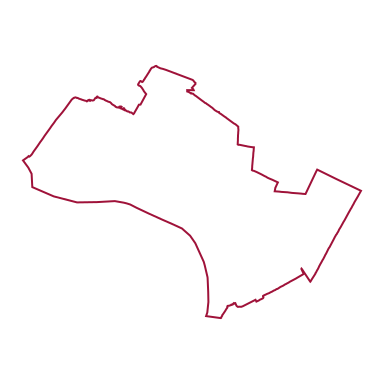 the district of Gruia, Romania
{"feature_id": "2599482B53836836172440", "entity_name": "Gruia", "entity_type": "district", "adm_level": 2, "iso_a3": "ROU", "parent_name": "Romania", "parent_adm1": "", "projection": "albers", "projection_center": [22.687, 44.297], "detail": "fine", "context": "isolated", "style": "outline", "palette": "rose", "viewbox_px": 384, "rotation_deg": 0, "n_neighbors": 0, "source": "geoboundaries", "source_scale": "gbopen_adm2", "svg_char_len": 5826}
<svg xmlns="http://www.w3.org/2000/svg" viewBox="0 0 384 384"><path d="M192.3,79.8L166.0,69.9L162.9,68.9L160.4,68.3L159.8,68.0L159.3,67.8L158.1,67.2L157.5,67.0L157.2,66.9L157.1,66.6L156.5,66.0L156.2,65.9L155.8,66.0L155.6,66.0L154.3,66.7L153.9,67.1L151.9,67.7L151.7,67.9L151.1,68.6L150.9,68.8L150.3,69.9L150.0,70.4L149.7,70.6L149.5,71.3L147.7,74.1L147.2,74.9L145.8,77.1L145.3,77.6L145.2,78.0L144.4,79.3L144.0,79.6L143.8,80.2L142.9,81.5L142.5,81.9L142.1,82.0L141.0,81.2L140.5,81.0L140.4,81.0L140.1,81.2L139.7,81.7L138.1,84.3L138.1,84.6L138.1,84.8L138.3,85.1L138.9,85.6L140.1,86.0L140.5,86.3L141.4,87.3L142.1,88.2L142.6,89.0L143.4,90.2L143.7,90.9L144.5,92.0L146.2,94.1L140.5,104.6L138.9,104.7L137.4,107.5L134.4,112.7L134.1,113.4L133.3,114.1L132.0,113.0L131.3,112.5L130.8,112.4L130.2,112.5L129.7,112.4L128.9,111.7L128.3,111.4L127.7,111.5L126.9,111.2L126.5,110.7L125.0,110.4L124.6,110.2L124.5,109.9L124.7,109.7L124.9,109.6L124.5,109.2L124.3,109.1L124.2,108.8L124.2,108.4L123.9,108.2L123.6,108.2L123.3,108.9L123.4,109.3L123.5,109.6L122.6,109.2L121.9,108.8L120.2,108.2L119.9,107.7L120.1,107.4L120.4,107.1L120.7,107.1L120.4,107.4L120.5,107.7L120.8,107.8L121.4,107.1L121.5,106.9L121.0,106.5L120.7,106.7L120.4,106.7L120.2,106.6L119.9,106.8L119.7,106.6L119.4,106.6L119.1,106.9L119.1,107.2L118.9,107.5L118.7,107.6L118.2,107.6L117.5,107.4L116.9,107.4L116.2,107.0L115.6,106.8L115.4,106.6L115.0,106.0L113.3,105.0L112.0,104.2L110.9,102.9L109.9,102.1L108.3,101.7L107.9,101.5L106.7,100.9L106.0,100.7L105.7,100.5L105.3,100.2L104.8,100.1L104.0,99.4L103.7,99.2L102.7,99.1L102.1,98.8L101.3,98.6L98.5,97.5L97.6,96.9L97.4,96.5L97.2,96.5L96.9,96.8L97.0,97.1L96.6,97.9L96.3,97.8L96.1,97.9L95.8,97.8L95.3,98.1L95.0,98.4L94.5,99.3L93.8,100.2L92.9,100.5L92.5,100.5L91.1,100.2L90.7,100.4L90.5,100.6L90.2,100.8L90.1,100.7L89.8,100.7L89.9,100.3L90.1,100.2L89.9,99.9L89.7,99.8L89.2,99.8L88.9,99.9L89.0,100.1L88.4,100.1L87.9,100.4L87.2,101.2L86.9,101.4L86.4,101.0L85.9,100.8L85.1,100.7L81.9,99.7L81.0,99.3L80.2,99.1L79.2,98.7L78.7,98.6L78.0,98.1L77.5,97.9L77.0,98.0L75.7,97.4L75.1,97.4L74.2,97.9L73.7,97.9L71.7,99.6L65.0,108.9L64.2,109.9L62.3,112.4L55.9,120.0L54.0,122.8L51.5,126.1L50.1,128.2L44.6,135.8L42.9,138.4L40.9,141.2L40.4,141.8L39.6,143.0L37.3,146.4L33.6,151.5L32.3,153.6L31.6,154.6L30.1,156.1L29.5,156.5L29.4,156.6L28.8,156.4L28.6,156.2L28.5,156.3L28.3,156.4L28.2,156.7L23.0,160.4L28.3,167.6L31.6,173.8L32.3,187.1L53.8,196.4L77.0,202.4L97.1,202.1L114.8,201.1L116.5,201.4L123.9,202.7L126.7,203.4L130.2,204.5L136.6,207.8L149.1,213.7L162.6,219.8L172.2,224.0L182.0,228.5L184.1,230.4L190.1,235.7L195.3,243.2L203.7,261.7L203.9,262.3L204.8,265.6L207.5,277.1L207.6,278.0L208.1,289.4L208.2,291.9L208.4,302.1L208.3,302.9L207.3,312.5L206.1,316.1L220.8,318.1L221.2,317.8L221.3,317.1L222.2,315.8L222.2,315.3L222.4,314.9L222.8,314.5L225.3,310.8L226.2,309.2L227.4,307.6L227.2,307.0L227.6,305.9L229.2,305.7L232.5,304.6L232.8,304.5L232.9,304.3L232.7,304.2L233.0,304.1L233.1,303.8L233.3,303.6L233.4,303.9L233.6,303.8L233.9,303.5L234.0,303.5L234.4,303.6L234.5,303.5L234.6,303.4L234.7,303.1L235.2,303.0L235.4,303.2L235.6,303.8L235.8,304.4L236.0,304.6L236.1,304.9L236.3,305.5L236.8,306.1L237.7,306.8L238.0,306.9L238.9,306.7L241.3,306.8L242.0,306.5L242.5,306.4L255.5,299.8L256.4,301.6L258.8,300.5L259.1,300.3L259.4,300.1L259.9,299.7L261.6,299.0L262.9,298.3L263.4,297.6L263.4,297.4L263.4,297.0L263.0,296.4L263.0,296.0L263.1,295.9L263.7,295.5L265.1,294.8L265.3,294.8L266.8,294.0L269.4,293.0L270.3,292.4L272.1,291.6L273.7,290.6L275.3,290.0L275.9,289.5L276.8,289.0L277.5,288.9L280.5,286.9L282.9,285.8L284.2,285.0L284.7,284.6L286.4,283.8L287.0,283.4L288.8,282.5L289.4,282.0L290.5,281.4L295.8,278.6L297.6,277.5L298.0,277.3L299.5,276.4L301.6,275.2L302.3,274.8L303.1,274.3L303.7,273.9L303.6,273.7L301.4,269.0L301.4,268.8L301.5,268.6L301.7,268.8L303.0,270.7L303.5,271.5L310.0,281.3L310.3,281.7L310.5,281.5L311.8,279.3L315.4,273.7L315.4,273.3L316.0,272.5L317.2,270.1L317.6,269.6L318.6,267.6L319.4,265.8L319.9,265.0L320.0,264.7L321.6,261.9L322.6,260.0L323.1,259.3L324.7,256.2L325.5,254.5L325.9,254.0L328.4,248.9L329.1,247.7L329.5,247.3L333.6,239.5L333.8,239.1L334.8,237.1L335.4,236.1L336.1,234.8L336.5,234.4L336.8,234.0L337.1,233.3L337.9,232.1L338.5,231.0L338.9,230.0L339.4,229.1L340.6,227.2L343.8,221.4L344.3,220.7L348.8,212.4L349.9,210.5L350.7,209.0L351.6,207.6L352.6,205.6L353.3,204.5L354.5,202.1L358.0,196.2L358.3,195.6L361.0,190.8L336.1,178.9L317.2,169.6L316.1,171.7L306.6,191.7L305.5,194.0L302.5,193.8L301.1,193.6L297.4,193.3L291.9,192.9L288.3,192.4L287.7,192.3L284.5,192.1L281.4,191.9L279.1,191.6L274.7,191.3L275.0,189.7L275.4,187.6L275.6,187.3L277.3,183.6L277.9,182.4L272.4,179.8L269.5,178.6L267.5,177.7L265.8,176.6L264.8,176.2L261.5,174.4L256.6,172.0L253.8,170.8L252.7,170.6L252.3,170.4L251.9,170.1L252.2,167.2L252.2,166.1L252.4,164.1L252.9,158.2L253.1,157.0L253.3,153.6L253.4,152.9L253.4,152.2L253.6,151.3L253.8,148.3L253.9,147.6L253.9,147.3L252.3,147.2L247.7,146.5L246.5,146.2L246.0,146.1L244.9,145.9L239.6,144.8L238.3,144.8L237.9,144.5L237.7,144.4L237.8,141.8L237.9,140.5L237.9,138.5L238.0,136.8L238.0,136.0L238.0,135.5L238.1,134.2L238.2,133.4L238.2,132.6L238.4,130.3L238.4,129.3L238.2,127.8L238.3,126.8L238.2,126.6L235.5,124.3L233.8,123.4L233.4,123.1L230.1,120.7L227.3,118.6L226.5,118.1L226.3,117.8L225.7,117.3L224.8,116.8L220.8,113.9L220.2,113.6L219.0,112.7L219.0,112.1L217.9,111.9L217.3,111.7L214.7,110.1L212.5,108.0L211.7,107.4L210.5,106.6L210.2,106.3L207.4,104.3L206.8,104.0L206.2,103.4L205.9,103.2L205.2,103.0L204.5,102.5L203.7,101.8L202.0,100.6L195.8,95.9L195.2,95.6L193.6,94.3L193.2,93.8L192.9,93.7L191.8,93.5L191.3,93.5L191.2,93.5L191.1,93.1L190.0,92.8L188.8,92.0L187.2,91.5L187.2,90.1L193.7,90.2L193.3,89.3L191.9,87.9L192.5,87.2L195.5,83.9L195.3,83.2L195.4,82.8L194.6,82.2L193.2,80.4L192.7,80.0L192.3,79.8Z" fill="none" stroke="#9f1239" stroke-width="2"/></svg>